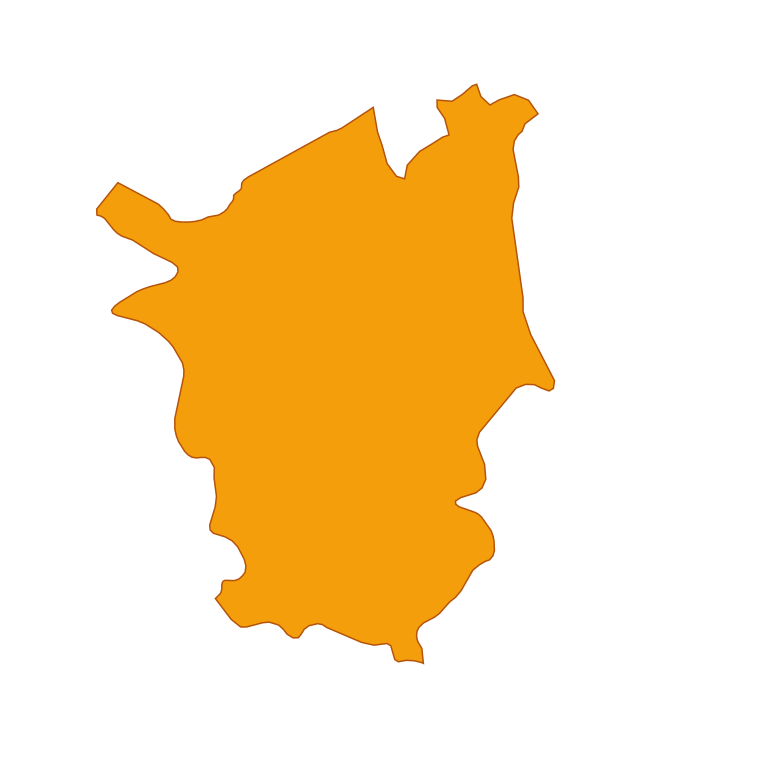 the District of Maseru, rotated 251°
{"feature_id": "LSO-1203", "entity_name": "Maseru", "entity_type": "District", "adm_level": 1, "iso_a3": "LSO", "parent_name": "Lesotho", "parent_adm1": "", "projection": "mercator", "projection_center": [27.777, -29.596], "detail": "fine", "context": "isolated", "style": "filled", "palette": "amber", "viewbox_px": 768, "rotation_deg": 251, "n_neighbors": 0, "source": "natural_earth", "source_scale": "10m", "svg_char_len": 2607}
<svg xmlns="http://www.w3.org/2000/svg" viewBox="0 0 768 768"><g transform="rotate(251 384 384)"><path d="M134.4,305.2L137.7,302.2L140.3,289.5L147.1,278.5L172.5,250.5L176.6,247.4L179.0,243.2L179.9,234.3L178.1,228.7L174.5,224.4L172.0,220.3L173.5,215.4L179.0,210.9L184.7,209.0L190.4,205.9L196.3,197.8L197.8,191.4L199.0,175.1L200.9,169.4L211.1,162.9L236.1,154.7L236.5,155.8L239.3,161.2L241.0,162.7L243.4,164.1L246.4,165.0L248.8,166.4L249.9,167.9L250.1,169.9L247.1,177.7L246.7,179.9L246.8,183.1L248.5,187.3L251.2,191.4L256.9,194.2L263.9,194.8L277.6,192.7L285.1,189.4L291.2,184.0L298.3,174.2L302.6,172.1L307.4,173.3L322.8,184.4L332.2,189.0L350.4,192.7L360.4,196.4L369.5,194.7L372.6,191.4L374.2,186.8L375.2,182.5L377.3,178.6L380.6,175.8L385.2,173.6L396.4,171.0L402.7,170.8L409.6,171.6L419.5,175.0L456.6,197.2L462.2,199.3L469.5,200.3L487.7,196.7L494.4,194.2L506.0,187.8L518.7,177.6L524.1,171.4L535.5,154.2L539.3,150.4L542.5,150.5L545.3,154.8L547.3,160.6L551.8,180.6L552.3,187.2L552.3,194.4L551.0,209.9L551.5,216.4L553.4,221.6L557.2,225.8L561.9,226.9L568.1,223.1L582.2,208.7L602.0,193.1L609.1,184.3L613.2,181.0L617.9,178.6L631.2,173.9L633.5,172.3L635.6,170.1L637.1,167.6L640.4,168.5L643.0,169.4L661.0,197.9L627.7,229.0L621.7,232.3L613.9,235.4L609.2,236.1L605.7,239.8L602.9,245.7L600.6,252.4L599.2,258.4L598.5,265.0L599.2,272.0L597.6,282.4L598.7,288.4L600.7,292.9L604.2,297.0L606.0,300.0L607.6,301.8L611.5,303.4L612.8,306.4L613.8,310.0L615.2,312.7L620.2,314.9L622.4,317.9L624.0,323.3L639.8,414.6L639.1,421.9L639.9,428.1L649.1,463.9L624.2,459.9L610.3,459.9L591.3,458.7L576.3,463.4L571.3,470.3L583.3,477.2L592.3,493.3L595.3,507.1L598.3,519.7L598.3,526.6L615.2,527.8L628.2,524.3L635.2,526.6L629.2,540.4L632.2,552.0L637.2,564.6L637.2,569.2L624.2,569.2L613.3,575.0L615.2,585.4L615.2,601.5L605.3,613.0L589.3,617.6L584.1,602.0L578.0,596.8L576.0,592.0L571.4,586.4L563.8,582.4L536.1,578.5L526.4,575.6L512.9,565.4L499.2,558.8L420.2,543.5L407.0,539.0L382.9,538.8L331.6,546.3L324.7,542.7L323.7,537.8L328.5,531.9L334.5,525.9L337.6,517.6L337.1,507.6L307.3,458.5L301.0,453.6L294.6,452.2L275.2,452.9L260.7,449.2L253.8,442.8L251.2,435.4L251.6,419.3L250.0,413.5L247.0,412.7L243.4,415.1L232.8,428.5L230.2,430.8L226.7,432.8L210.5,437.5L204.6,437.6L199.8,436.9L190.6,434.2L186.2,431.1L183.4,426.7L183.3,421.6L182.0,415.3L179.0,407.3L163.4,389.5L159.0,382.1L156.6,375.2L149.0,361.7L147.1,355.8L145.2,343.5L142.5,337.7L139.4,334.7L135.6,332.9L131.5,332.1L128.3,332.3L121.6,333.7L108.5,330.6L107.0,330.3L108.4,328.8L112.4,322.6L115.5,315.1L116.7,307.1L120.0,304.5L134.4,305.2Z" fill="#f59e0b" stroke="#b45309" stroke-width="1.5"/></g></svg>